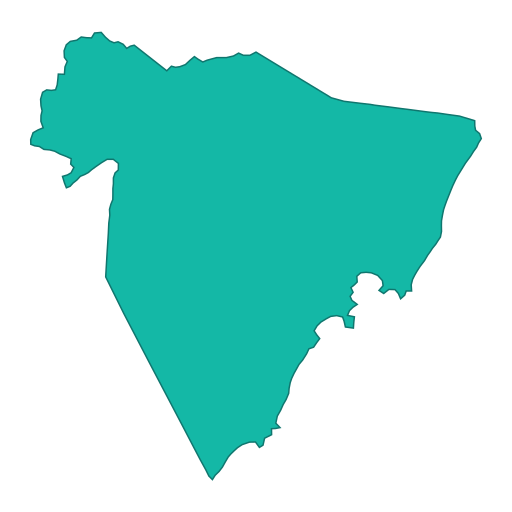 Guarapari, Espírito Santo, Brazil (Albers equal-area conic projection)
{"feature_id": "56859067B18132052810644", "entity_name": "Guarapari", "entity_type": "district", "adm_level": 2, "iso_a3": "BRA", "parent_name": "Brazil", "parent_adm1": "Espírito Santo", "projection": "albers", "projection_center": [-40.545, -20.612], "detail": "fine", "context": "isolated", "style": "filled", "palette": "teal", "viewbox_px": 512, "rotation_deg": 0, "n_neighbors": 0, "source": "geoboundaries", "source_scale": "gbopen_adm2", "svg_char_len": 2838}
<svg xmlns="http://www.w3.org/2000/svg" viewBox="0 0 512 512"><path d="M62.5,176.4L64.5,183.0L66.4,187.8L70.1,186.3L73.1,183.0L76.9,180.0L80.3,176.3L84.7,174.5L88.4,172.5L91.6,169.7L96.0,166.5L101.8,162.5L107.1,159.3L113.3,159.3L118.4,163.4L118.3,170.0L115.1,172.9L113.4,177.9L113.4,183.9L112.9,188.5L112.9,194.0L112.8,199.6L110.9,204.2L109.5,209.3L109.8,215.2L108.8,223.1L108.3,233.9L107.2,251.2L106.1,269.8L105.7,276.9L123.8,313.5L149.2,362.3L154.7,372.8L183.1,426.9L193.9,447.6L200.3,459.8L205.8,469.8L208.9,476.1L212.4,479.6L215.2,475.2L219.1,471.4L222.4,467.1L225.3,461.9L228.2,457.0L230.9,453.9L234.1,450.8L237.6,447.6L242.2,444.6L249.5,442.1L255.5,442.0L259.4,447.4L263.0,445.2L264.6,438.2L271.6,434.7L271.5,428.7L275.5,428.5L280.0,427.6L275.8,423.2L277.3,416.1L280.7,410.1L283.2,404.5L286.1,399.5L288.7,393.3L289.1,388.4L290.2,382.7L291.7,378.3L294.1,373.2L296.7,368.6L299.0,364.4L302.6,360.1L306.6,353.8L308.9,348.8L313.6,347.2L316.7,342.6L319.7,338.6L316.7,334.8L314.1,330.8L317.1,325.8L321.0,322.0L326.2,318.8L330.7,316.4L336.7,315.6L342.6,317.0L344.1,321.2L345.4,327.0L353.4,328.1L353.8,322.1L354.4,316.8L347.5,315.4L349.5,310.6L352.9,307.3L357.2,304.4L351.9,300.4L350.1,296.3L353.1,292.3L350.9,287.6L354.4,284.8L357.2,282.0L356.8,276.3L360.7,272.8L366.1,272.3L371.3,272.8L377.7,275.4L382.4,280.6L383.1,285.7L379.0,290.4L383.7,293.5L388.9,289.4L395.0,289.6L398.4,293.5L400.6,298.8L404.7,295.2L406.2,291.0L411.6,291.0L411.2,284.8L412.6,279.3L414.8,275.0L417.0,271.2L420.0,266.5L424.5,260.6L427.6,255.3L430.2,251.7L432.5,248.2L435.7,244.3L437.9,240.8L440.4,237.1L441.5,231.5L441.4,225.6L441.5,220.8L442.5,215.0L443.6,209.6L445.0,205.4L446.5,201.2L448.5,196.2L450.9,190.2L452.8,185.6L455.4,180.1L457.8,175.5L460.3,171.5L463.0,167.1L465.4,163.2L467.9,159.8L470.5,156.3L473.5,151.5L476.6,147.3L478.5,143.0L481.3,138.6L479.6,133.6L475.6,130.3L474.8,126.1L474.7,120.7L459.5,116.1L447.1,114.4L437.6,113.0L432.2,112.5L427.0,111.9L407.2,109.3L402.2,108.7L389.4,107.0L374.8,105.2L370.3,104.4L360.4,103.3L344.0,101.3L331.3,97.8L256.0,52.1L249.9,55.3L243.4,55.3L238.6,53.1L233.5,56.0L226.4,57.6L221.0,57.6L216.7,57.6L212.2,58.8L207.1,60.2L202.8,62.0L197.9,59.1L194.4,56.6L190.1,60.2L185.4,64.6L179.8,66.7L175.5,67.3L171.4,66.2L166.8,70.8L134.2,45.2L130.3,46.2L126.7,48.4L123.2,44.3L118.1,41.8L114.0,42.8L109.6,40.9L105.4,37.2L101.2,32.4L94.5,33.0L91.5,37.9L86.4,37.7L81.2,37.0L76.8,40.2L70.3,41.4L66.3,44.8L64.1,50.8L64.4,57.4L67.3,61.4L65.0,66.8L64.4,74.3L58.3,74.1L57.9,78.9L57.2,84.9L55.6,89.8L51.4,90.4L46.7,89.9L42.6,92.3L40.6,99.2L41.0,105.8L42.1,110.8L41.0,115.5L40.9,121.3L43.2,127.8L38.1,129.9L33.1,132.7L30.7,139.5L30.8,144.3L34.6,145.8L39.4,146.5L43.9,149.4L49.7,149.9L54.7,151.2L59.9,154.0L65.4,156.1L71.2,158.7L70.7,164.1L73.9,167.4L71.1,172.8L67.5,174.9L62.5,176.4Z" fill="#14b8a6" stroke="#0f766e" stroke-width="1.5"/></svg>